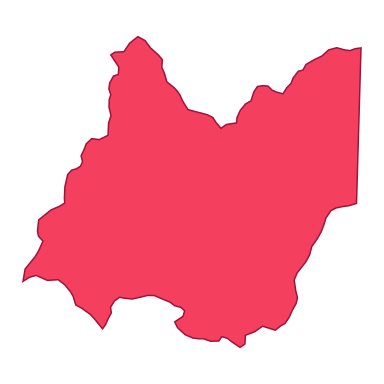 outline of Estrela do Norte, São Paulo, Brazil
{"feature_id": "56859067B30225350735471", "entity_name": "Estrela do Norte", "entity_type": "district", "adm_level": 2, "iso_a3": "BRA", "parent_name": "Brazil", "parent_adm1": "São Paulo", "projection": "albers", "projection_center": [-51.684, -22.483], "detail": "fine", "context": "isolated", "style": "filled", "palette": "rose", "viewbox_px": 384, "rotation_deg": 0, "n_neighbors": 0, "source": "geoboundaries", "source_scale": "gbopen_adm2", "svg_char_len": 1945}
<svg xmlns="http://www.w3.org/2000/svg" viewBox="0 0 384 384"><path d="M361.0,47.9L355.2,48.7L350.1,50.6L344.5,49.9L336.8,47.7L328.6,49.9L321.8,56.1L315.1,59.2L306.1,64.4L302.8,70.2L298.3,71.2L293.2,77.9L290.9,83.6L286.7,87.8L283.0,93.8L276.6,92.1L272.2,90.2L267.9,86.0L262.7,85.7L257.4,86.5L253.7,92.2L251.0,100.8L245.5,104.0L240.3,110.3L237.0,117.5L236.5,122.9L226.3,124.5L221.0,128.3L216.1,122.6L212.8,117.5L207.5,114.8L201.3,113.1L194.9,111.5L188.1,109.6L184.9,104.8L182.3,100.3L180.1,95.3L177.4,91.3L174.2,87.8L170.6,84.8L166.9,81.9L164.4,73.3L161.8,67.3L162.4,59.8L158.6,55.2L150.4,47.8L145.1,40.6L137.9,36.6L129.7,43.1L123.9,51.7L114.8,52.2L110.8,54.9L118.8,67.1L118.3,74.5L113.5,76.0L109.7,82.9L108.9,88.9L110.8,94.8L109.2,99.7L109.0,107.0L111.0,115.7L108.6,122.9L108.0,135.3L99.3,139.6L91.8,138.6L86.3,143.7L83.8,150.2L81.1,155.8L82.5,161.5L80.6,166.1L76.4,168.8L71.7,170.1L67.7,174.5L66.3,180.5L64.9,186.9L64.4,198.0L64.7,203.1L59.4,206.3L51.0,209.9L38.7,219.9L37.5,231.0L38.5,236.3L43.0,241.1L38.5,251.1L35.0,256.8L29.1,264.1L25.1,269.0L23.0,281.4L29.4,277.3L36.2,275.4L47.4,280.4L58.2,279.7L64.9,284.9L70.6,291.9L73.2,296.5L75.7,304.9L81.9,308.3L85.7,311.1L90.4,314.5L94.4,318.8L98.3,323.7L102.6,328.8L105.5,324.8L107.9,319.2L111.3,312.9L110.6,307.3L114.3,301.1L119.6,297.3L125.0,298.3L132.2,299.0L141.2,297.0L147.7,295.4L154.5,295.6L162.1,298.9L169.9,302.1L174.7,305.7L181.1,307.5L184.6,310.8L183.1,316.2L174.7,321.9L177.6,327.8L185.1,334.7L193.0,338.1L198.9,338.8L203.5,338.8L210.5,341.2L218.8,341.0L221.8,336.7L227.4,338.3L232.6,342.4L240.1,347.4L244.9,344.0L245.4,335.3L254.9,331.6L262.6,326.2L275.3,330.2L280.3,326.2L285.1,323.3L289.3,317.1L292.3,310.2L296.0,303.8L297.5,297.8L295.8,291.1L294.2,280.0L297.1,273.0L306.0,261.6L309.7,254.6L311.8,246.5L317.2,238.9L321.2,231.8L324.0,224.4L326.0,217.9L330.9,210.7L336.0,208.0L341.9,206.7L348.5,205.8L356.5,203.4L361.0,47.9Z" fill="#f43f5e" stroke="#9f1239" stroke-width="1.5"/></svg>